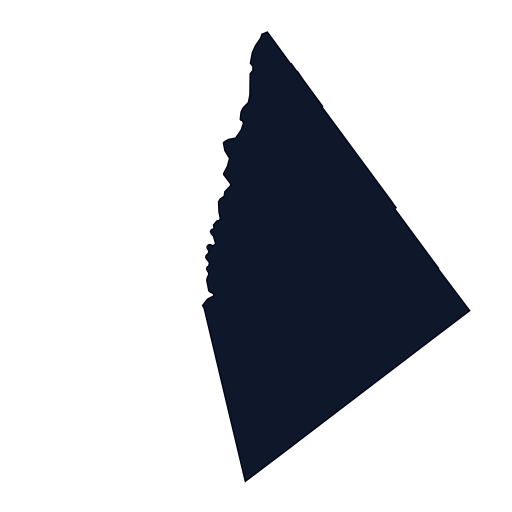 outline of Garrett, Maryland, United States of America, rotated 143°
{"feature_id": "52423323B87744490422478", "entity_name": "Garrett", "entity_type": "district", "adm_level": 2, "iso_a3": "USA", "parent_name": "United States of America", "parent_adm1": "Maryland", "projection": "orthographic", "projection_center": [-79.245, 39.463], "detail": "fine", "context": "isolated", "style": "filled", "palette": "ink", "viewbox_px": 512, "rotation_deg": 143, "n_neighbors": 0, "source": "geoboundaries", "source_scale": "gbopen_adm2", "svg_char_len": 1484}
<svg xmlns="http://www.w3.org/2000/svg" viewBox="0 0 512 512"><g transform="rotate(143 256 256)"><path d="M400.1,82.5L398.7,82.5L339.9,82.6L334.3,82.7L161.6,83.7L118.3,83.8L118.3,135.2L118.0,136.0L117.6,136.5L117.6,144.8L116.9,210.4L115.1,210.3L115.1,215.0L114.9,217.2L113.7,335.6L112.8,335.6L112.4,367.6L111.9,378.6L112.4,379.8L112.1,388.4L112.6,388.6L112.8,388.6L112.2,428.0L117.8,429.5L121.3,427.1L129.9,424.2L136.5,420.6L144.5,413.2L144.2,409.5L146.7,406.1L151.0,405.0L163.9,388.3L169.6,383.2L177.2,382.0L181.2,380.0L186.3,374.6L186.4,373.9L185.4,372.2L186.0,369.6L192.2,365.4L201.3,362.4L207.8,365.6L212.7,366.2L214.0,365.8L217.4,358.9L218.3,349.9L223.3,346.0L224.8,344.8L232.1,341.4L232.8,340.4L232.8,329.2L233.6,327.5L242.1,326.1L245.5,322.8L250.1,323.1L253.4,321.7L259.1,313.3L261.7,307.8L262.9,306.7L264.1,306.5L266.1,307.5L271.3,306.3L272.5,303.7L273.8,303.3L275.9,303.8L277.6,303.0L278.4,300.4L277.9,297.9L280.6,290.5L281.7,289.8L282.7,289.8L284.6,290.4L285.6,292.6L286.7,293.3L287.8,293.3L288.8,293.3L289.6,292.8L290.2,291.4L290.6,288.9L291.2,287.3L293.3,286.7L295.6,286.3L296.9,285.2L297.3,282.9L297.1,280.7L297.2,278.7L299.8,276.3L301.1,276.6L302.2,276.3L303.0,275.5L303.5,274.5L303.7,273.0L303.8,271.4L305.0,269.5L308.1,267.9L310.0,266.1L314.6,256.6L314.2,254.6L313.1,252.7L312.7,251.5L312.8,250.7L313.2,250.3L314.0,249.8L314.9,249.5L316.7,250.1L320.8,250.7L328.4,248.6L328.9,245.3L364.2,164.7L400.1,82.5Z" fill="#0f172a" stroke="#020617" stroke-width="1.5"/></g></svg>